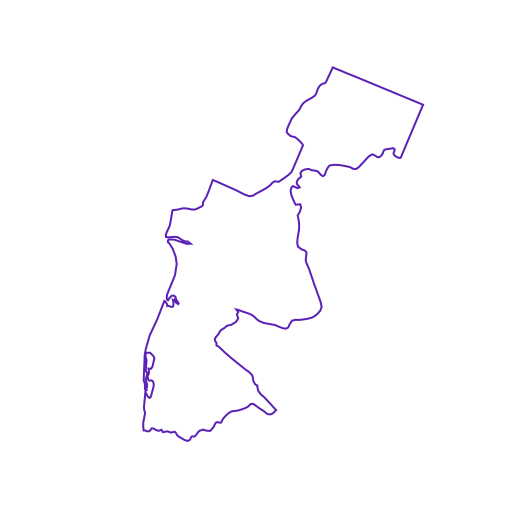 Tabasco, Albers equal-area conic projection, rotated 293°
{"feature_id": "MEX-2725", "entity_name": "Tabasco", "entity_type": "State", "adm_level": 1, "iso_a3": "MEX", "parent_name": "Mexico", "parent_adm1": "", "projection": "albers", "projection_center": [-92.753, 17.95], "detail": "fine", "context": "isolated", "style": "outline", "palette": "violet", "viewbox_px": 512, "rotation_deg": 293, "n_neighbors": 0, "source": "natural_earth", "source_scale": "10m", "svg_char_len": 5853}
<svg xmlns="http://www.w3.org/2000/svg" viewBox="0 0 512 512"><g transform="rotate(293 256 256)"><path d="M459.9,275.6L460.2,313.2L460.5,350.7L403.3,350.8L403.0,350.8L402.6,350.3L402.1,348.6L402.2,346.3L402.7,344.2L403.5,342.9L405.1,342.3L407.0,342.4L408.4,342.0L408.9,340.0L408.4,339.6L405.3,334.4L404.1,332.9L403.1,332.4L400.3,332.6L398.6,332.4L396.7,331.8L395.1,330.8L394.5,329.3L395.1,325.3L395.0,323.2L394.0,322.4L392.8,321.8L391.9,321.0L389.3,320.0L386.5,319.0L384.1,318.2L383.7,318.0L383.3,317.8L382.8,317.7L382.4,317.5L380.1,316.7L377.4,315.6L375.2,314.1L374.3,311.8L374.3,310.4L374.5,309.1L374.5,307.8L374.3,306.3L373.4,301.8L372.2,296.9L370.5,292.3L368.1,288.4L365.4,287.6L362.7,287.3L360.0,287.4L357.2,287.5L355.6,286.4L356.0,284.1L357.2,281.5L358.0,280.2L357.5,276.0L357.2,275.3L356.9,274.7L356.7,273.9L356.8,271.2L356.7,270.3L354.8,267.2L352.3,265.0L349.5,264.5L346.9,266.6L343.5,265.0L341.7,264.6L339.8,264.7L338.3,265.5L337.6,266.7L337.1,268.1L336.2,269.4L334.7,267.5L334.8,262.8L333.0,261.9L332.2,261.9L329.3,262.5L325.5,265.0L321.9,268.8L318.7,272.4L320.9,276.5L318.3,278.6L313.6,279.1L309.6,278.5L306.9,280.5L303.9,282.3L300.7,283.9L297.4,285.2L293.4,286.2L288.7,287.3L284.2,288.8L281.0,291.0L279.9,295.3L280.1,298.7L279.1,301.1L274.6,302.5L271.7,303.3L269.2,305.2L266.8,307.7L264.8,310.0L262.0,312.4L259.2,314.9L256.4,317.4L253.6,319.8L252.3,321.0L251.0,322.3L249.7,323.5L248.4,324.7L246.4,326.5L244.4,328.4L242.4,330.2L240.5,332.0L240.0,332.5L239.4,332.9L239.0,333.4L238.4,333.8L234.8,336.3L230.7,336.5L226.5,335.1L222.8,333.0L221.0,331.3L219.3,329.3L217.8,327.1L216.5,325.0L214.1,320.9L212.6,317.1L210.5,314.4L206.2,313.6L202.9,313.6L201.0,312.2L200.1,309.6L199.9,306.2L199.9,300.5L198.7,295.0L197.4,289.5L197.4,284.0L198.0,281.7L198.8,279.7L199.5,277.8L200.0,275.7L200.2,273.2L200.1,270.8L199.9,268.3L199.7,265.8L199.7,265.6L199.7,265.3L199.6,265.1L199.6,264.8L199.6,262.0L199.5,261.2L199.1,258.8L197.5,261.6L194.7,261.2L191.8,264.0L187.5,263.3L183.2,260.3L180.4,256.5L177.3,255.0L174.7,253.1L173.5,252.5L168.8,251.8L165.6,250.7L163.7,250.5L162.2,251.2L160.6,253.4L159.7,254.0L158.2,254.5L157.9,257.5L154.9,265.3L152.3,273.4L150.0,281.5L147.7,289.6L147.1,291.9L146.7,294.4L145.6,297.1L144.9,299.0L143.2,300.4L141.1,301.6L139.3,303.1L138.0,304.7L137.6,305.5L137.3,307.8L137.0,308.1L136.5,308.1L135.7,308.6L135.2,309.0L133.0,310.5L132.3,311.4L131.5,313.0L130.8,313.8L130.2,315.6L129.1,319.1L127.3,323.0L125.6,326.9L123.8,330.8L122.0,334.7L119.6,333.8L117.5,332.8L115.8,331.1L115.0,328.5L115.2,327.3L115.6,325.8L116.1,324.2L116.5,322.7L116.6,321.5L116.9,320.2L117.1,318.8L117.4,317.5L118.2,314.1L118.8,311.3L117.8,309.1L114.0,307.3L112.1,305.8L109.3,302.9L106.7,299.7L105.3,297.4L103.4,294.2L100.2,291.9L96.5,290.3L93.0,289.2L91.6,289.1L90.1,289.1L88.8,288.8L88.4,287.9L88.0,285.3L86.8,284.1L84.8,283.9L82.1,283.8L77.1,282.2L75.9,278.8L75.5,275.0L72.8,272.1L71.0,271.5L69.3,271.1L67.6,270.7L65.9,270.0L65.6,269.5L65.4,268.8L65.2,268.0L64.7,267.4L63.9,267.1L62.9,267.1L61.8,267.1L60.9,267.0L59.0,265.2L58.7,262.0L59.2,258.5L59.5,255.8L60.1,253.7L61.6,251.8L62.5,250.0L61.3,248.1L60.3,246.9L60.1,245.6L60.1,244.1L59.8,242.6L59.2,241.6L58.5,240.7L57.9,240.0L57.5,239.1L57.9,238.5L58.7,237.7L59.1,236.9L58.0,235.8L57.0,234.6L56.8,232.8L56.9,230.8L57.1,229.3L56.8,227.5L55.7,227.0L54.3,226.8L53.0,226.2L52.3,224.9L52.1,223.5L52.0,222.0L51.5,220.7L51.8,220.6L54.8,218.9L58.3,217.4L68.3,215.2L70.4,213.4L72.9,212.0L87.3,207.4L86.4,208.9L85.2,210.2L84.2,211.6L83.8,213.5L85.1,214.2L95.5,212.8L97.7,212.1L99.5,211.0L100.6,209.5L100.6,208.2L100.0,207.3L99.6,206.4L100.2,205.1L101.0,204.4L102.6,203.5L103.3,202.9L105.0,203.4L106.9,203.0L108.7,202.1L110.4,201.0L111.2,203.5L113.8,203.9L122.2,202.4L123.7,200.8L125.6,196.4L124.3,193.3L123.8,192.6L122.7,192.8L120.9,193.3L119.3,194.2L118.5,195.0L117.0,196.1L107.8,199.1L107.0,199.8L105.9,201.4L105.0,201.9L99.3,202.8L94.9,206.0L93.5,206.7L92.0,206.8L90.5,207.1L89.1,208.4L90.2,205.8L92.6,204.6L95.1,203.8L96.2,202.4L97.7,201.2L121.7,192.1L127.4,190.9L141.4,189.2L159.4,189.8L178.8,189.2L178.8,190.0L177.5,192.1L176.6,193.2L175.3,193.8L175.9,195.0L176.1,198.1L176.9,199.3L178.2,199.3L180.1,198.5L182.1,197.5L183.2,196.6L183.1,198.6L181.6,201.2L181.4,203.2L182.3,203.2L184.2,200.3L185.1,199.3L184.1,198.5L186.7,198.1L187.5,196.1L186.5,193.9L183.7,192.8L180.9,192.3L181.2,191.1L183.2,189.9L185.9,189.2L206.8,188.9L217.7,186.1L224.0,182.3L230.1,176.5L232.8,172.7L233.9,170.9L234.4,169.5L235.6,168.9L236.8,169.1L237.4,170.0L239.1,174.2L240.1,187.5L241.8,191.1L242.7,187.3L241.7,185.2L241.8,182.2L242.7,176.6L241.9,173.7L238.7,167.5L238.3,165.7L240.3,164.7L243.5,164.5L249.3,164.8L252.2,164.4L265.5,161.2L266.8,163.5L268.3,166.1L270.3,168.6L271.8,171.0L272.8,174.2L273.5,177.7L274.5,181.0L276.6,183.4L277.7,184.2L278.7,185.1L279.7,186.0L280.8,186.8L282.1,187.3L283.1,186.9L284.0,186.4L285.2,186.3L290.9,187.2L297.1,187.1L303.3,186.8L309.1,186.5L309.1,192.8L309.0,199.0L308.9,205.3L308.8,211.5L308.5,215.6L308.1,221.2L308.4,226.5L310.3,229.6L313.6,231.8L316.5,234.2L319.4,236.6L322.4,238.8L324.1,239.9L325.8,240.9L327.5,241.7L329.4,242.3L331.9,243.8L332.6,245.9L333.2,248.0L335.3,249.3L338.9,251.6L342.9,254.0L347.0,255.8L351.1,256.0L357.4,256.0L363.7,256.0L370.0,256.0L376.3,256.0L377.4,254.5L378.8,251.4L380.0,248.0L380.6,245.6L380.5,244.5L380.2,243.1L380.0,241.6L380.1,240.1L380.5,239.2L381.0,237.8L381.6,236.5L382.0,235.9L384.6,235.1L388.2,234.9L391.9,235.1L394.8,235.1L396.5,235.2L398.0,235.6L399.4,236.1L401.0,236.5L403.4,237.3L405.6,238.1L407.7,238.7L410.2,239.0L413.1,239.2L415.3,239.9L417.4,241.0L419.7,242.6L421.7,244.2L424.1,246.0L426.6,247.5L429.0,248.0L431.5,247.8L434.1,247.7L436.7,247.9L439.0,248.8L440.5,250.0L441.4,251.2L442.4,252.1L444.3,252.5L448.1,252.6L451.8,252.7L459.6,253.0L459.6,255.5L459.7,262.2L459.7,268.9L459.9,275.6Z" fill="none" stroke="#5b21b6" stroke-width="2"/></g></svg>